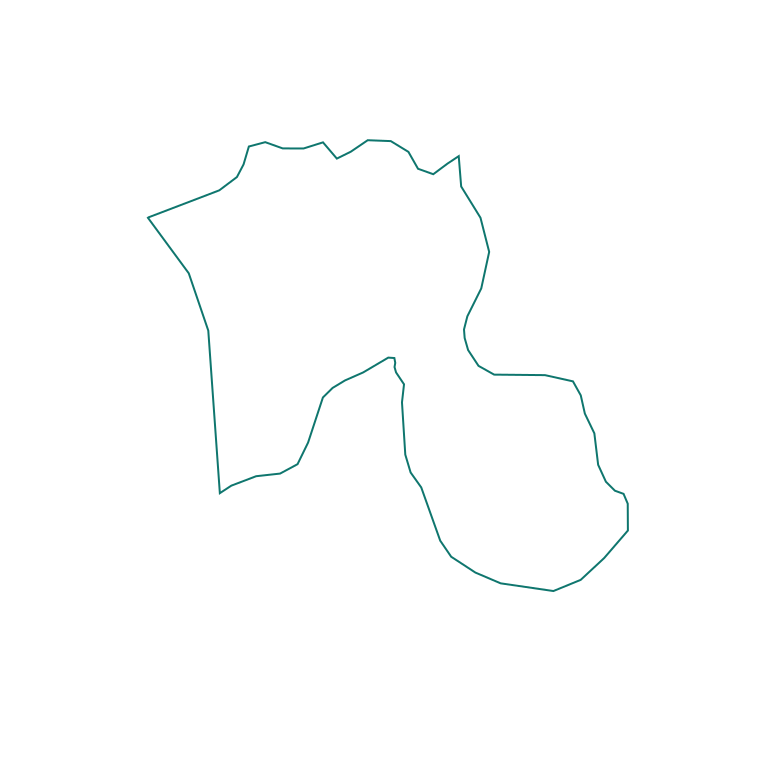 the border of Tehran, rotated 53°
{"feature_id": "IRN-3216", "entity_name": "Tehran", "entity_type": "Province", "adm_level": 1, "iso_a3": "IRN", "parent_name": "Iran", "parent_adm1": "", "projection": "equal_earth", "projection_center": [51.864, 35.496], "detail": "fine", "context": "isolated", "style": "outline", "palette": "teal", "viewbox_px": 768, "rotation_deg": 53, "n_neighbors": 0, "source": "natural_earth", "source_scale": "10m", "svg_char_len": 1005}
<svg xmlns="http://www.w3.org/2000/svg" viewBox="0 0 768 768"><g transform="rotate(53 384 384)"><path d="M109.2,471.7L130.2,399.0L130.2,376.9L124.1,364.0L113.0,349.0L119.4,333.3L134.9,323.1L147.5,306.5L154.3,287.3L175.6,286.0L178.5,270.7L179.5,250.3L194.1,232.4L213.3,224.8L232.6,227.3L246.1,218.4L246.2,200.6L247.0,187.2L272.7,203.5L309.3,206.9L341.8,220.5L366.2,248.8L380.1,276.7L388.6,287.3L395.8,291.9L407.5,296.4L426.4,297.6L442.8,290.4L473.8,250.1L495.6,231.5L511.5,233.7L528.5,241.4L550.0,245.7L577.4,261.6L595.6,265.6L608.2,263.8L615.9,258.8L626.3,261.4L647.8,277.4L655.5,312.9L658.8,344.8L651.3,373.3L613.4,410.8L589.6,424.5L562.4,434.3L543.0,433.4L489.0,416.5L470.7,416.0L453.2,409.5L409.5,380.7L396.3,368.2L382.0,367.4L376.8,365.4L373.9,362.3L369.5,360.1L365.5,364.7L362.2,393.8L357.7,412.9L356.2,427.4L358.0,440.9L385.1,479.9L396.0,501.3L393.0,520.9L380.7,541.6L373.3,567.1L372.4,580.8L235.6,492.2L178.1,473.3L109.2,472.5L109.2,471.7Z" fill="none" stroke="#0f766e" stroke-width="2"/></g></svg>